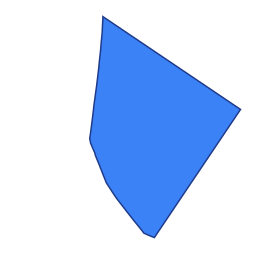 outline of 97, Ar Rayyān, Qatar, rotated 34°
{"feature_id": "91078587B85294401922232", "entity_name": "97", "entity_type": "district", "adm_level": 2, "iso_a3": "QAT", "parent_name": "Qatar", "parent_adm1": "Ar Rayyān", "projection": "albers", "projection_center": [50.974, 24.595], "detail": "fine", "context": "isolated", "style": "filled", "palette": "blue", "viewbox_px": 256, "rotation_deg": 34, "n_neighbors": 0, "source": "geoboundaries", "source_scale": "gbopen_adm2", "svg_char_len": 695}
<svg xmlns="http://www.w3.org/2000/svg" viewBox="0 0 256 256"><g transform="rotate(34 128 128)"><path d="M44.9,49.7L45.6,50.7L49.5,57.2L53.5,63.8L57.6,71.4L61.8,78.9L66.1,87.1L70.7,95.6L74.6,103.2L78.5,110.8L82.5,119.0L86.6,127.3L91.4,136.5L95.5,144.6L99.7,153.0L102.2,158.2L105.6,161.6L114.5,167.3L115.9,168.6L118.1,170.2L122.2,172.9L125.3,175.0L128.0,176.9L130.3,178.4L133.1,180.4L138.0,183.7L140.2,185.3L142.6,186.4L145.1,187.4L150.9,189.9L157.5,192.6L162.3,194.2L166.9,195.7L173.2,197.8L184.7,201.5L188.4,202.6L192.0,203.7L196.7,205.2L200.1,206.3L208.1,204.8L208.7,204.6L211.1,204.1L211.0,136.2L210.9,49.9L210.9,49.7L44.9,49.7Z" fill="#3b82f6" stroke="#1e3a8a" stroke-width="1.5"/></g></svg>